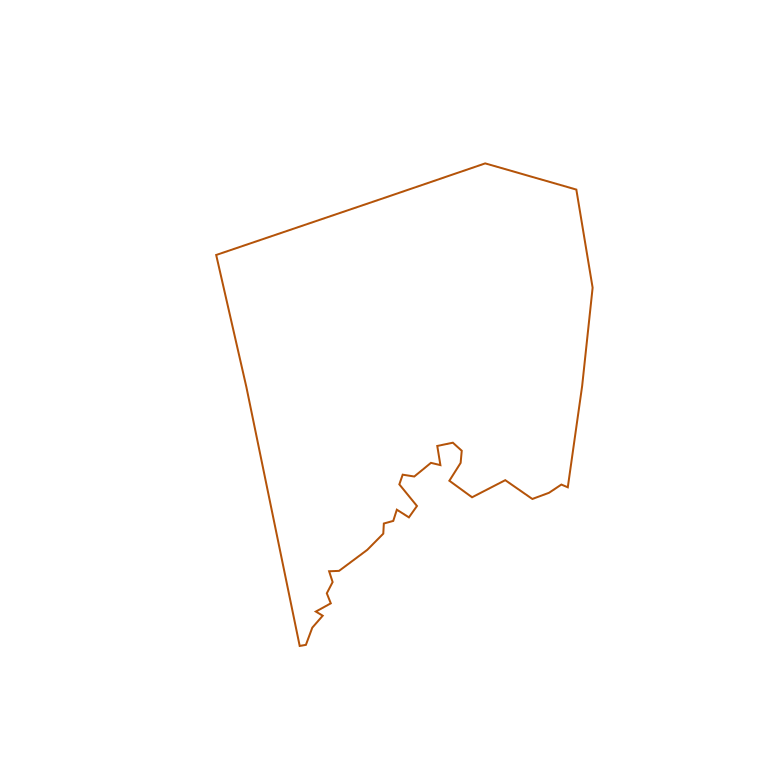 the district of Comal, Texas, United States of America, rotated 302°
{"feature_id": "52423323B34146067891906", "entity_name": "Comal", "entity_type": "district", "adm_level": 2, "iso_a3": "USA", "parent_name": "United States of America", "parent_adm1": "Texas", "projection": "orthographic", "projection_center": [-98.378, 29.816], "detail": "fine", "context": "isolated", "style": "outline", "palette": "amber", "viewbox_px": 768, "rotation_deg": 302, "n_neighbors": 0, "source": "geoboundaries", "source_scale": "gbopen_adm2", "svg_char_len": 694}
<svg xmlns="http://www.w3.org/2000/svg" viewBox="0 0 768 768"><g transform="rotate(302 384 384)"><path d="M117.2,451.3L121.4,456.0L139.4,452.3L155.0,454.8L154.9,446.8L169.8,455.1L176.2,446.4L188.8,445.4L196.1,436.7L201.7,444.9L234.5,457.7L256.7,462.7L265.6,457.8L272.8,464.4L284.2,461.5L284.1,475.8L298.0,476.6L307.0,450.2L317.0,447.9L321.6,458.7L342.0,465.6L345.1,474.8L359.7,462.0L370.7,473.5L368.6,485.3L357.7,490.8L336.6,490.7L334.6,518.7L366.7,537.8L365.1,570.7L379.2,581.6L392.7,587.7L393.8,594.6L487.3,553.1L576.2,509.9L649.3,445.4L650.8,444.1L637.5,397.6L634.6,387.4L624.7,352.9L549.8,292.0L404.5,173.3L308.7,268.7L117.2,451.3Z" fill="none" stroke="#b45309" stroke-width="2"/></g></svg>